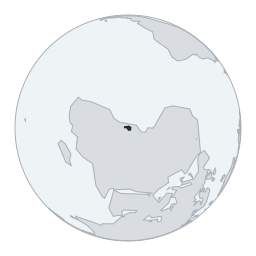 Niari on an orthographic globe, rotated 131°
{"feature_id": "COG-3345", "entity_name": "Niari", "entity_type": "Region", "adm_level": 1, "iso_a3": "COG", "parent_name": "Republic of the Congo", "parent_adm1": "", "projection": "orthographic", "projection_center": [12.665, -3.355], "detail": "fine", "context": "on_globe", "style": "filled", "palette": "slate", "viewbox_px": 256, "rotation_deg": 131, "n_neighbors": 0, "source": "natural_earth", "source_scale": "10m", "svg_char_len": 6954}
<svg xmlns="http://www.w3.org/2000/svg" viewBox="0 0 256 256"><g transform="rotate(131 128 128)"><circle cx="128" cy="128" r="113" fill="#eef3f6" stroke="#a8b0b8"/><path d="M74.7,28.8L74.0,29.2L70.5,31.2L69.5,31.8L73.6,29.6L67.8,33.4L65.4,36.4L63.8,37.7L59.2,40.3L57.3,40.8L51.4,45.5L56.1,41.9L52.0,45.8L51.8,46.3L52.6,46.0L54.5,44.5L53.3,45.8L48.1,49.5L49.1,48.3L50.8,47.0L49.8,47.5L46.3,50.6L44.5,52.7L41.7,55.6L47.5,49.3L53.7,43.4L60.3,38.0L67.3,33.1L74.7,28.8ZM16.6,111.0L17.6,106.1L18.5,103.2L17.3,109.6L18.8,103.5L18.7,106.4L21.3,105.4L20.8,106.9L22.9,114.0L27.0,116.9L28.0,121.6L27.3,124.6L29.2,125.3L29.3,127.3L38.6,129.6L44.8,134.3L45.6,141.2L42.3,149.4L43.9,166.4L39.2,172.4L41.1,179.2L42.8,189.4L39.6,189.0L43.7,193.7L44.5,196.7L43.2,197.2L45.8,200.6L45.0,200.8L47.5,202.9L50.3,207.5L54.3,210.9L57.4,214.5L60.1,216.4L59.8,216.4L60.5,217.2L61.9,218.3L59.1,216.8L53.7,212.3L51.2,209.9L50.7,209.6L45.1,203.4L46.0,204.8L38.4,195.6L33.4,187.7L22.8,165.2L21.1,160.9L19.1,156.3L17.6,150.4L16.3,142.6L15.6,134.7L15.4,126.8L15.7,118.9L16.6,111.0ZM23.0,87.3L22.5,88.7L22.2,89.3L23.0,87.3ZM65.2,220.2L60.0,217.4L62.3,218.6L60.4,216.8L64.4,219.0L65.2,220.2ZM61.2,215.3L61.0,214.2L62.0,214.7L62.3,215.6L61.2,215.3ZM238.1,104.3L237.5,101.6L239.0,109.6L240.0,115.8L240.6,123.7L240.5,122.4L239.8,115.0L239.3,112.3L238.1,105.3L235.3,94.7L235.1,96.0L233.9,91.9L229.9,83.3L228.9,85.1L228.2,94.8L230.1,105.3L229.0,109.6L222.6,93.9L218.8,84.0L217.1,84.6L210.0,76.2L199.4,74.9L197.4,72.5L195.5,73.5L190.5,70.9L187.2,67.0L184.4,67.2L192.9,77.6L195.9,77.5L197.7,73.7L199.6,77.5L204.4,81.2L200.8,90.1L184.3,97.9L181.9,90.1L165.2,69.7L165.2,67.6L165.1,67.3L164.9,66.9L164.2,70.4L161.0,66.6L170.8,80.3L172.8,86.4L184.1,98.3L183.2,99.5L186.6,102.1L196.5,99.5L196.7,102.2L192.6,114.3L178.2,131.3L179.6,143.3L177.8,153.6L167.9,160.3L167.8,168.4L162.6,171.2L161.6,175.9L156.8,180.8L149.2,185.5L137.3,185.7L137.3,181.4L132.5,173.3L126.1,153.9L129.9,145.0L129.1,138.2L120.4,123.6L122.4,115.4L119.8,112.1L114.8,113.1L111.8,109.2L108.6,109.3L88.4,113.3L81.8,108.6L73.1,93.9L76.4,87.6L76.3,80.8L98.9,57.2L104.4,58.0L123.1,54.5L125.5,55.2L124.2,60.0L138.9,65.7L142.6,61.5L155.1,64.9L162.8,64.9L164.0,56.0L151.4,55.8L148.3,51.6L157.8,48.2L168.7,49.1L167.9,47.6L160.3,43.9L162.1,41.4L157.5,42.5L159.9,44.1L157.1,45.0L154.8,43.7L155.5,42.7L152.0,42.0L149.5,47.2L151.6,49.4L142.9,50.4L145.6,54.2L143.5,56.0L138.1,50.3L138.1,48.3L128.7,42.9L127.9,45.0L136.7,50.5L134.3,50.1L133.3,53.6L132.1,50.6L122.7,44.7L114.3,46.5L104.9,55.7L99.8,56.9L94.9,55.6L97.1,46.8L108.3,45.3L109.3,42.6L105.9,39.4L109.6,39.4L109.7,38.0L113.8,37.6L118.6,34.2L122.7,33.7L123.6,30.0L125.8,29.4L124.6,31.6L126.0,33.1L136.0,32.7L137.6,32.0L137.4,29.7L140.2,30.2L138.7,28.1L143.9,27.4L136.3,26.7L135.8,24.7L138.4,23.3L136.9,22.6L132.7,25.0L132.2,26.2L134.0,27.3L131.5,31.0L128.3,31.7L125.7,27.8L120.8,28.6L120.9,25.7L132.4,20.2L137.7,19.5L148.5,21.9L147.9,22.9L143.7,22.3L148.5,24.4L147.6,23.4L149.9,24.0L150.1,22.6L151.7,22.9L149.1,21.3L151.1,21.5L152.7,22.6L154.7,21.3L158.6,21.9L158.3,21.5L156.8,20.9L162.8,22.3L162.3,22.0L160.1,21.4L157.6,20.4L155.6,19.4L157.8,19.9L158.8,20.3L164.3,22.3L166.6,23.6L167.3,23.8L165.8,22.8L159.2,20.4L157.4,19.6L160.6,20.6L159.3,20.2L159.1,20.0L160.9,20.5L157.4,19.4L155.1,18.7L163.1,21.0L171.0,23.9L178.6,27.4L185.9,31.4L193.0,36.0L199.6,41.1L205.9,46.6L211.7,52.6L217.1,59.1L222.0,65.9L226.3,73.0L230.1,80.5L233.4,88.2L236.0,96.2L238.1,104.3ZM92.1,68.4L91.7,70.3L92.1,68.4ZM181.1,55.2L187.2,56.1L183.0,50.6L185.0,50.6L182.9,48.9L182.7,50.2L177.3,45.8L179.4,44.6L177.9,42.5L175.8,42.2L172.9,45.1L180.6,51.4L179.8,53.4L181.1,55.2ZM21.4,105.3L21.6,106.4L21.1,106.6L21.4,105.3ZM22.9,91.2L23.3,91.6L22.5,92.2L22.9,91.2ZM22.4,89.2L22.6,91.1L21.2,93.4L21.2,92.3L21.7,91.5L22.4,89.2ZM52.4,45.5L52.7,45.3L53.1,45.3L52.2,46.0L52.4,45.5ZM59.6,42.0L57.5,44.4L58.3,43.0L56.6,44.2L56.1,43.2L62.9,38.3L59.9,40.6L59.6,42.0ZM57.4,40.9L56.9,41.8L57.2,41.1L57.4,40.9ZM105.7,32.2L107.5,32.8L106.3,34.3L101.2,35.8L102.7,33.6L105.7,32.2ZM110.2,33.3L109.0,29.5L112.2,28.7L110.6,29.7L112.8,29.6L110.9,31.3L115.0,34.6L114.3,36.2L105.2,37.7L108.5,36.1L106.6,35.5L110.2,33.3ZM100.5,24.2L100.0,23.4L107.5,22.6L107.0,23.5L101.9,24.9L99.3,24.6L100.5,24.2ZM89.4,22.2L88.6,22.5L87.7,22.8L89.4,22.2ZM87.5,22.9L85.3,23.9L81.7,25.4L83.3,24.6L78.8,26.8L78.7,26.7L76.0,28.2L78.0,27.1L87.5,22.9ZM113.6,16.3L114.3,16.2L115.6,16.1L118.8,15.8L120.1,15.8L117.3,16.0L120.8,15.9L117.6,16.3L118.2,16.2L116.2,16.6L114.9,17.2L113.3,17.3L113.5,17.5L112.1,17.9L111.8,18.2L108.9,18.8L108.3,19.3L107.2,19.3L106.9,20.1L105.8,19.8L104.0,20.5L106.0,20.4L90.9,24.0L85.4,26.4L81.4,28.7L80.1,28.2L82.9,26.0L87.9,23.3L93.4,21.4L91.8,21.7L93.9,20.9L94.3,21.0L95.0,20.5L96.9,19.9L101.3,18.6L101.2,18.6L113.6,16.3ZM127.9,53.4L129.7,53.5L132.4,53.2L131.8,55.6L127.9,53.4ZM121.3,49.3L122.9,49.0L123.4,51.9L121.5,51.9L121.3,49.3ZM123.3,46.5L122.9,48.7L122.0,47.5L123.3,46.5ZM126.1,31.3L127.7,31.0L128.0,31.5L127.3,32.3L126.1,31.3ZM130.0,17.0L128.5,16.8L128.8,16.7L127.2,16.2L129.5,16.1L131.3,16.4L130.0,17.0ZM162.1,57.5L160.2,59.1L158.9,58.3L159.8,57.8L162.1,57.5ZM145.5,57.1L149.5,58.2L145.3,57.8L145.5,57.1ZM132.2,16.8L131.2,16.6L133.0,16.7L132.2,16.8ZM131.0,16.1L132.9,16.1L129.6,16.0L131.0,16.1ZM189.9,210.0L189.5,211.5L188.4,211.5L189.9,210.0ZM194.6,152.5L185.7,170.5L181.2,170.4L181.1,165.0L185.0,154.0L190.6,151.1L193.6,146.3L194.6,152.5ZM240.4,135.5L240.5,133.3L239.2,116.4L239.7,117.1L240.6,125.8L240.4,135.5ZM230.5,106.3L232.5,113.0L231.6,113.8L230.5,106.3ZM150.1,17.9L149.8,18.5L151.2,19.4L154.2,20.3L149.8,19.5L147.8,18.1L150.1,17.9ZM139.4,16.2L139.2,16.3L137.8,16.2L139.4,16.2Z" fill="#d9dde1" stroke="#a8b0b8" stroke-width="1"/><path d="M129.4,131.0L129.4,130.9L129.2,130.8L129.2,130.7L128.9,130.5L128.9,130.4L128.8,130.5L128.7,130.5L128.6,130.3L128.5,130.2L128.4,130.1L128.2,130.1L128.1,129.9L127.9,129.9L127.8,129.7L127.7,129.6L127.6,129.4L127.4,129.2L127.2,129.2L126.9,129.0L126.6,128.8L126.4,128.8L126.4,128.7L126.5,128.7L126.4,128.5L126.4,128.4L126.5,128.1L126.6,127.9L126.4,127.8L126.3,127.7L126.2,127.7L126.1,127.4L126.3,127.4L126.2,127.3L126.1,127.1L125.9,127.0L125.8,126.9L125.9,126.7L126.0,126.6L125.9,126.5L125.9,126.4L125.9,126.2L126.0,126.0L126.3,126.1L126.5,126.0L126.8,126.1L127.6,126.0L127.6,125.9L127.6,125.7L127.6,125.4L127.5,125.1L127.8,125.0L128.0,125.0L128.3,125.2L128.3,125.4L128.4,125.5L128.5,125.6L128.4,125.6L128.5,125.7L128.6,125.8L128.6,126.0L128.8,126.1L128.7,126.2L128.7,126.5L128.8,126.8L128.8,127.0L128.7,127.0L128.8,127.2L128.9,127.3L128.9,127.5L128.7,127.7L128.7,127.8L128.4,127.9L128.2,127.9L128.0,128.0L127.9,128.1L127.9,128.3L128.0,128.3L127.9,128.4L127.9,128.5L128.0,128.6L127.9,128.7L128.0,128.8L127.9,128.8L128.0,129.0L128.2,129.3L128.3,129.4L128.4,129.5L128.5,129.6L128.6,129.9L128.7,130.0L128.8,130.0L129.0,130.0L129.3,130.2L129.3,130.3L129.4,130.5L129.5,130.5L129.8,130.7L129.8,130.8L129.7,130.8L129.4,131.0L129.4,131.0Z" fill="#64748b" stroke="#1e293b" stroke-width="1.5"/></g></svg>